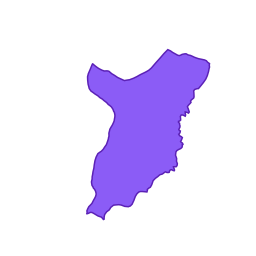 Karluway #1, Maryland, Liberia (Albers equal-area conic projection), rotated 117°
{"feature_id": "62588387B21181915979204", "entity_name": "Karluway #1", "entity_type": "district", "adm_level": 2, "iso_a3": "LBR", "parent_name": "Liberia", "parent_adm1": "Maryland", "projection": "albers", "projection_center": [-7.745, 4.792], "detail": "fine", "context": "isolated", "style": "filled", "palette": "violet", "viewbox_px": 256, "rotation_deg": 117, "n_neighbors": 0, "source": "geoboundaries", "source_scale": "gbopen_adm2", "svg_char_len": 3632}
<svg xmlns="http://www.w3.org/2000/svg" viewBox="0 0 256 256"><g transform="rotate(117 128 128)"><path d="M40.1,128.1L45.2,129.7L50.1,130.9L52.1,131.4L57.3,132.8L61.4,133.8L63.9,134.4L66.9,135.6L68.7,136.7L70.3,137.8L70.6,138.0L72.7,139.6L74.0,140.6L75.7,141.8L78.0,143.3L81.2,145.7L83.7,148.0L84.2,148.4L85.9,150.8L87.4,152.8L87.5,155.5L87.7,160.1L87.2,164.0L87.0,167.2L86.5,169.2L86.1,170.9L86.5,172.3L86.6,172.6L88.0,175.1L88.1,175.7L88.1,176.0L88.3,177.4L88.3,179.9L88.3,180.5L88.1,182.6L87.7,184.9L87.2,187.2L86.9,188.2L87.0,188.7L87.5,188.7L88.2,188.7L92.8,188.3L97.7,188.0L100.7,187.3L103.6,185.7L105.6,184.4L107.0,183.5L108.9,181.8L110.5,180.4L111.9,177.8L112.3,174.9L112.6,173.5L112.9,170.5L112.9,169.8L113.1,169.1L113.7,166.8L113.9,164.2L113.9,163.8L114.4,162.2L114.9,159.3L115.4,157.6L116.0,156.3L116.2,154.6L116.7,152.5L117.5,151.0L118.3,149.7L119.6,148.4L120.2,147.3L121.8,146.0L123.0,145.2L124.3,144.7L126.0,144.2L127.8,143.6L128.5,143.5L129.6,143.4L132.6,143.3L134.9,143.5L137.3,143.6L138.9,143.2L141.2,142.7L143.8,141.3L144.5,141.1L145.3,141.0L146.9,140.5L149.5,140.1L152.6,139.7L155.9,140.2L158.2,140.4L160.8,141.2L162.5,142.2L164.5,143.2L168.4,143.2L172.0,142.6L176.3,141.3L179.2,140.2L182.9,139.3L185.2,138.5L187.7,137.8L189.8,136.8L192.6,136.1L193.9,135.2L195.5,134.0L196.3,132.6L197.2,131.6L197.8,130.0L199.0,128.3L200.5,126.9L201.8,126.2L203.8,125.8L205.8,125.8L207.8,125.9L209.6,125.9L211.6,125.9L214.0,126.6L215.9,127.2L218.6,127.2L220.5,127.0L221.8,126.1L222.9,125.8L223.5,126.1L222.4,124.9L220.2,123.1L219.6,121.7L219.7,118.9L220.0,114.9L219.5,111.1L220.4,109.0L220.7,108.4L220.1,107.9L218.2,108.8L215.8,109.5L212.4,109.0L209.4,107.5L206.5,107.3L206.1,107.1L203.4,105.9L203.1,105.5L201.9,103.7L200.5,101.4L199.7,99.0L199.5,96.9L199.3,95.3L199.1,94.8L198.0,92.0L197.1,91.2L196.4,90.5L196.1,90.4L193.8,89.7L193.1,89.8L189.8,89.9L187.5,90.2L185.5,90.4L182.7,90.2L180.3,89.4L179.1,88.3L178.5,87.2L178.1,86.4L177.3,84.4L177.0,83.7L176.4,82.1L174.8,82.4L173.9,82.9L172.0,82.1L170.6,81.2L167.8,81.1L163.5,81.7L160.5,80.8L158.7,79.9L158.0,79.5L155.4,78.5L154.4,77.6L153.8,76.8L152.5,76.0L150.9,75.3L150.0,74.6L150.0,73.2L149.4,71.9L148.8,71.2L147.7,71.4L146.6,71.4L145.8,70.9L145.4,70.2L145.4,69.4L145.4,68.5L145.1,67.4L144.5,67.4L143.6,68.1L142.7,69.3L141.9,69.9L141.5,69.1L141.0,68.3L140.6,67.5L139.6,67.3L139.0,67.3L137.4,67.8L135.6,69.7L133.1,70.8L131.9,72.0L131.1,72.9L130.8,73.2L129.6,73.7L127.6,74.4L127.3,74.4L126.7,74.3L126.1,74.3L124.3,73.2L123.9,72.9L122.4,71.7L120.7,71.1L119.6,71.4L119.1,71.5L118.4,72.1L118.1,71.9L117.5,71.6L116.7,72.7L116.6,73.8L116.2,75.0L114.6,74.9L112.9,75.1L111.9,75.2L111.5,76.5L111.5,78.0L111.1,79.1L110.5,80.0L109.7,79.6L108.5,79.6L108.3,79.6L106.9,80.0L106.9,80.9L106.4,82.0L105.1,82.1L103.8,82.1L102.5,82.6L102.3,82.8L101.5,83.6L101.3,83.7L100.4,84.2L100.2,85.0L100.1,85.5L99.2,86.0L98.3,85.2L97.1,84.7L96.1,85.2L94.4,86.3L94.1,86.6L92.2,86.5L91.5,84.8L91.5,82.4L90.4,82.5L89.8,82.9L89.5,83.2L89.3,83.4L88.9,83.7L87.7,84.3L87.3,82.5L87.3,80.9L86.9,80.8L86.1,80.7L85.9,80.7L84.4,82.2L83.2,83.4L82.9,83.9L81.9,84.8L81.5,84.7L80.2,84.5L77.9,83.8L76.6,83.5L76.4,83.7L75.6,84.5L74.3,84.3L71.5,83.1L70.3,83.3L68.3,84.4L66.4,85.5L65.0,86.4L63.3,86.0L61.7,84.4L61.3,83.8L61.0,83.2L59.6,82.8L53.5,81.5L49.1,80.9L45.4,81.1L41.1,81.9L38.3,82.7L36.7,83.0L35.0,84.2L33.9,84.5L33.6,84.6L33.3,86.8L32.5,88.7L32.6,90.7L33.4,93.7L34.2,96.5L34.5,98.4L34.8,100.8L34.9,103.9L35.0,105.4L35.3,106.4L35.6,107.6L35.5,109.9L36.3,111.3L37.8,113.2L39.1,114.1L40.1,115.0L40.6,116.6L40.5,119.1L40.4,122.5L40.0,125.1L40.1,127.5L40.1,128.1Z" fill="#8b5cf6" stroke="#5b21b6" stroke-width="1.5"/></g></svg>